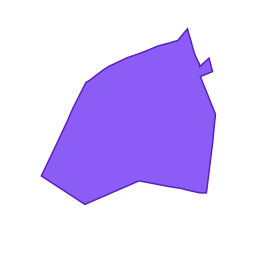 outline of Eayoune El Atrous, Hodh el Gharbi, Mauritania, rotated 166°
{"feature_id": "47542326B47795340566920", "entity_name": "Eayoune El Atrous", "entity_type": "district", "adm_level": 2, "iso_a3": "MRT", "parent_name": "Mauritania", "parent_adm1": "Hodh el Gharbi", "projection": "natural_earth1", "projection_center": [-9.445, 16.825], "detail": "fine", "context": "isolated", "style": "filled", "palette": "violet", "viewbox_px": 256, "rotation_deg": 166, "n_neighbors": 0, "source": "geoboundaries", "source_scale": "gbopen_adm2", "svg_char_len": 630}
<svg xmlns="http://www.w3.org/2000/svg" viewBox="0 0 256 256"><g transform="rotate(166 128 128)"><path d="M173.4,164.3L176.4,160.9L184.7,150.0L201.1,129.8L222.8,103.5L223.7,102.5L188.3,64.3L135.8,73.1L130.2,74.1L102.9,61.5L95.0,58.1L91.7,56.8L83.9,52.6L73.6,47.5L67.6,46.1L48.8,94.9L45.8,103.6L39.8,120.2L45.4,160.4L32.3,162.3L32.5,176.2L43.6,170.3L43.3,173.4L44.2,176.6L45.4,183.4L45.8,191.7L45.9,198.3L46.2,204.8L46.3,209.9L58.6,200.9L68.4,200.5L78.4,200.4L93.4,198.2L102.0,197.2L111.8,196.4L130.9,192.6L137.1,190.7L147.7,186.2L153.3,183.7L157.8,182.4L173.4,164.3Z" fill="#8b5cf6" stroke="#5b21b6" stroke-width="1.5"/></g></svg>